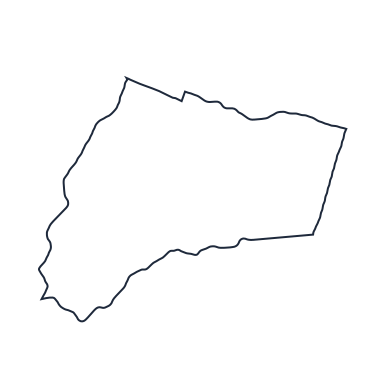 Duvergé, Independencia, Dominican Republic, rotated 85°
{"feature_id": "3306468B24836928118485", "entity_name": "Duvergé", "entity_type": "district", "adm_level": 2, "iso_a3": "DOM", "parent_name": "Dominican Republic", "parent_adm1": "Independencia", "projection": "natural_earth1", "projection_center": [-71.582, 18.345], "detail": "fine", "context": "isolated", "style": "outline", "palette": "slate", "viewbox_px": 384, "rotation_deg": 85, "n_neighbors": 0, "source": "geoboundaries", "source_scale": "gbopen_adm2", "svg_char_len": 4712}
<svg xmlns="http://www.w3.org/2000/svg" viewBox="0 0 384 384"><g transform="rotate(85 192 192)"><path d="M142.6,32.8L141.7,35.0L140.7,38.3L139.2,41.8L138.8,43.2L138.3,45.9L138.0,47.3L136.4,50.7L135.5,53.3L133.7,56.7L133.0,58.5L132.4,59.8L131.6,61.0L129.5,63.8L128.4,65.6L127.4,68.1L125.8,71.5L125.4,72.9L125.0,75.6L124.6,76.9L123.4,79.9L123.0,81.1L122.8,82.5L122.4,86.8L122.1,88.2L121.7,89.4L120.4,92.4L120.1,93.7L120.0,95.1L119.9,97.3L120.0,98.7L120.2,100.1L120.7,101.4L122.1,104.3L123.1,106.8L124.5,109.7L124.9,111.0L125.1,112.4L125.3,116.3L125.3,123.2L125.2,125.5L124.9,127.0L124.7,127.7L124.0,129.0L123.2,130.2L118.9,135.2L118.1,136.3L116.8,138.5L116.4,138.9L114.3,140.6L113.5,141.5L112.8,142.5L112.6,143.1L112.2,144.4L111.7,150.0L111.3,151.3L110.7,152.4L110.3,152.9L109.4,153.7L108.5,154.3L106.9,155.2L106.0,155.9L105.2,156.8L104.6,157.9L104.3,158.6L104.1,159.9L104.0,161.4L103.9,166.4L103.7,167.8L103.3,169.2L102.7,170.5L101.9,171.7L98.1,176.2L97.2,177.4L96.5,178.6L95.4,181.1L93.7,184.5L92.8,187.1L91.4,190.2L100.6,194.4L97.1,200.2L96.4,203.0L93.3,208.2L92.2,210.0L89.8,214.0L88.7,215.8L85.2,222.8L81.7,230.3L79.6,234.7L75.4,242.5L74.8,243.6L73.7,245.4L72.7,247.3L72.9,247.2L74.6,246.8L76.5,248.4L77.6,249.1L78.8,249.5L81.2,250.1L82.4,250.5L85.5,252.3L87.8,253.4L89.8,254.6L90.9,255.2L92.1,255.6L94.5,256.1L95.7,256.5L96.8,257.0L98.8,258.3L100.5,259.1L101.6,259.7L103.2,261.1L105.1,263.1L106.9,265.2L108.1,266.9L108.8,268.1L109.7,270.7L111.1,273.5L112.1,276.0L112.6,277.2L113.3,278.3L114.1,279.4L115.9,281.3L117.4,282.4L119.7,283.5L122.7,285.4L125.0,286.4L128.1,288.4L130.3,289.5L131.8,290.6L134.6,293.2L135.6,294.0L136.6,294.6L138.3,295.5L141.4,297.4L143.1,298.2L144.2,298.9L145.1,299.6L147.9,302.2L148.9,303.0L151.6,304.5L152.7,305.3L154.2,306.7L157.5,310.2L159.0,311.6L160.0,312.4L162.7,314.0L163.7,314.8L166.5,317.3L167.5,318.1L168.0,318.4L168.6,318.6L169.9,318.9L171.8,319.1L179.8,319.2L183.1,319.1L185.0,318.8L186.2,318.4L188.8,317.0L189.9,316.5L190.5,316.4L191.8,316.3L193.0,316.4L193.6,316.5L194.2,316.7L195.4,317.4L196.9,318.8L208.7,332.4L210.2,334.0L211.7,335.5L213.3,336.7L215.5,337.9L217.5,339.1L218.6,339.7L219.8,340.1L221.1,340.2L222.4,340.3L223.7,340.2L225.0,340.0L226.2,339.7L228.7,338.2L229.3,337.9L230.5,337.5L231.7,337.4L233.7,337.3L235.0,337.4L236.2,337.7L237.4,338.2L239.9,339.8L242.2,340.8L244.7,342.5L246.9,343.7L248.0,344.3L249.5,345.7L252.7,349.2L253.7,350.1L254.6,350.8L255.2,351.1L255.7,351.2L256.2,351.1L256.7,351.0L260.3,349.3L263.9,347.2L265.1,346.7L268.1,346.0L269.2,345.5L271.2,344.4L272.4,344.1L273.0,344.1L273.6,344.1L274.7,344.5L277.2,345.9L279.5,347.1L282.5,349.2L285.6,351.2L285.0,346.6L284.8,342.9L284.9,341.5L285.0,340.2L285.4,339.0L285.7,338.5L286.6,337.7L289.9,335.5L292.2,334.5L293.2,333.9L294.2,333.2L295.2,332.3L296.4,330.8L297.5,329.2L298.1,328.0L299.0,325.5L301.0,321.7L301.6,320.7L302.5,320.0L305.5,318.2L306.5,317.6L308.7,316.7L309.7,316.0L310.5,315.0L311.1,313.9L311.2,313.2L311.3,312.5L311.2,311.8L311.1,311.2L310.8,310.5L310.5,309.9L309.8,308.9L308.0,306.8L301.4,299.8L300.1,298.2L299.4,297.1L298.9,295.9L298.7,294.5L298.9,293.3L299.7,290.7L299.7,289.6L299.5,288.5L298.2,285.0L297.9,284.4L297.2,283.3L295.9,282.0L294.8,281.4L292.7,280.2L291.1,278.9L288.7,276.4L282.7,269.6L281.4,268.2L280.4,267.4L279.4,266.7L277.1,265.6L274.6,264.0L271.9,262.6L270.9,261.8L269.7,260.4L269.1,259.2L268.1,256.8L266.7,253.9L265.0,249.2L264.9,248.2L265.1,245.7L265.1,245.2L264.8,244.0L263.7,242.3L260.5,238.4L259.2,236.6L258.6,235.3L257.8,233.4L256.4,230.6L255.4,228.1L254.8,226.8L253.5,225.0L249.8,220.5L249.2,219.4L248.9,218.8L248.8,218.2L248.8,217.6L249.0,215.2L248.8,214.2L248.3,212.2L248.3,211.1L248.4,210.5L248.8,209.6L250.0,208.0L252.4,203.1L252.8,201.8L253.5,198.4L254.8,195.0L255.0,193.8L254.9,192.7L254.6,192.2L254.0,191.4L252.4,190.0L251.6,189.1L251.0,188.1L250.6,186.8L249.6,182.8L248.4,179.9L248.0,178.6L247.9,177.9L247.9,175.8L248.1,174.4L248.5,173.1L249.7,170.3L250.0,168.9L250.2,167.4L250.4,164.3L250.5,158.9L250.4,156.6L250.2,154.4L249.7,153.0L249.4,152.4L248.7,151.4L247.8,150.6L247.3,150.2L245.8,149.4L244.8,148.8L244.0,148.0L243.3,147.0L243.1,146.4L242.8,145.1L242.9,144.4L243.1,143.2L244.1,141.0L244.5,139.7L244.9,137.5L245.0,135.1L245.0,75.1L243.2,74.7L242.0,74.2L239.5,72.6L237.2,71.5L234.2,69.6L231.9,68.5L229.3,67.0L228.2,66.5L226.4,66.0L224.0,65.3L221.3,63.9L220.2,63.5L217.2,62.7L216.0,62.3L213.4,60.9L212.2,60.4L209.2,59.7L208.0,59.3L204.8,57.6L200.0,56.2L196.9,54.6L192.0,53.2L188.9,51.5L184.0,50.2L180.9,48.5L176.1,47.1L172.9,45.5L171.7,45.1L169.3,44.5L168.1,44.1L165.0,42.3L162.7,41.2L159.6,39.4L158.4,39.0L156.0,38.4L154.8,38.0L152.2,36.6L151.0,36.2L148.0,35.4L146.7,35.0L142.6,32.8Z" fill="none" stroke="#1e293b" stroke-width="2"/></g></svg>